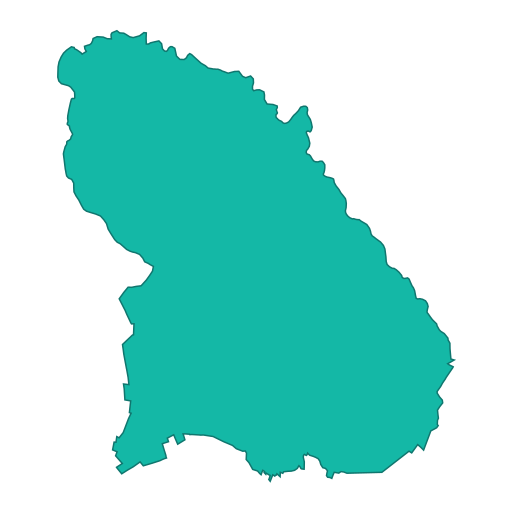 Tepatlaxco, Veracruz, Mexico
{"feature_id": "50627088B46485171339687", "entity_name": "Tepatlaxco", "entity_type": "district", "adm_level": 2, "iso_a3": "MEX", "parent_name": "Mexico", "parent_adm1": "Veracruz", "projection": "robinson", "projection_center": [-96.855, 19.048], "detail": "fine", "context": "isolated", "style": "filled", "palette": "teal", "viewbox_px": 512, "rotation_deg": 0, "n_neighbors": 0, "source": "geoboundaries", "source_scale": "gbopen_adm2", "svg_char_len": 5950}
<svg xmlns="http://www.w3.org/2000/svg" viewBox="0 0 512 512"><path d="M409.0,451.2L411.7,452.9L417.7,444.6L420.6,447.1L423.6,450.1L430.8,430.9L436.6,427.8L438.2,425.6L437.3,424.4L437.5,420.3L438.4,418.2L437.9,414.3L437.5,410.1L439.7,406.7L442.7,402.9L442.3,400.1L439.6,397.0L437.2,393.2L437.1,391.5L440.7,386.4L442.5,383.1L445.5,378.7L445.9,377.8L452.9,367.5L453.2,366.8L453.0,366.7L449.3,364.9L447.7,363.7L454.2,360.0L450.9,359.0L450.4,353.4L450.0,348.9L449.9,343.2L448.1,340.0L447.9,338.1L444.3,333.6L440.7,331.3L439.2,329.7L437.1,325.9L436.6,323.9L434.9,322.2L432.4,319.7L430.3,316.9L428.3,314.0L427.3,312.8L427.0,311.9L427.4,309.3L428.1,306.5L427.3,303.5L425.5,300.8L422.6,299.3L419.8,298.7L417.6,299.0L416.2,298.3L415.6,295.9L414.6,290.6L413.4,287.8L412.0,285.8L410.3,282.0L409.1,279.1L407.6,277.9L405.1,278.4L403.7,278.4L402.2,277.4L401.6,275.4L399.0,272.2L396.3,269.8L394.1,268.4L392.3,268.3L389.4,266.7L387.1,264.5L386.2,261.5L385.9,256.8L385.4,253.0L384.9,249.0L383.4,245.4L380.5,242.0L376.2,238.9L374.1,237.2L372.2,235.9L371.0,233.8L370.5,231.3L369.5,228.4L366.8,224.5L361.0,221.1L359.1,219.6L358.3,219.7L355.9,219.4L353.7,218.7L352.4,218.9L349.7,217.7L347.8,216.1L346.3,214.1L345.6,212.5L345.4,210.7L346.1,207.6L346.3,203.5L345.9,200.6L345.4,198.6L343.5,196.1L340.8,192.8L339.0,189.6L336.0,185.8L334.2,182.5L333.9,180.4L333.5,179.0L331.9,178.2L329.8,177.6L326.8,177.0L324.8,176.1L323.6,175.2L323.3,174.0L324.0,172.5L324.5,170.4L324.8,167.9L324.8,164.8L323.4,162.5L322.1,161.2L320.0,161.2L318.1,161.9L315.5,161.8L313.6,160.9L312.0,158.7L310.5,156.0L309.2,154.7L307.1,154.1L306.2,152.6L306.3,151.4L306.6,150.3L307.6,149.3L309.3,146.3L309.8,143.2L308.5,137.8L307.0,134.6L306.3,132.6L306.6,131.5L308.2,131.0L310.0,131.9L311.2,130.7L312.2,127.1L311.3,122.7L310.3,119.4L308.8,117.0L307.4,114.7L307.1,112.5L307.7,110.0L307.3,107.6L305.8,106.3L303.7,106.2L300.6,107.2L298.4,110.7L295.8,113.5L293.8,115.3L292.5,116.9L290.4,119.9L288.6,122.0L286.2,123.2L284.2,123.4L282.9,122.8L281.6,121.4L279.2,120.3L277.8,119.2L277.3,118.5L276.3,117.7L276.0,116.7L276.0,114.9L276.3,114.2L277.0,113.8L277.4,112.9L276.9,111.6L276.6,110.6L276.3,109.6L277.3,107.6L277.2,106.0L273.0,104.5L267.1,104.0L264.4,99.5L264.5,95.0L263.9,91.9L259.6,89.8L256.8,89.9L253.7,90.7L252.5,89.2L252.5,86.2L253.5,82.9L253.3,78.9L250.6,76.0L245.7,77.7L242.5,76.3L238.8,71.3L234.5,71.5L228.1,73.2L224.2,71.7L222.3,71.1L220.5,70.1L217.9,69.2L216.9,69.2L216.1,69.2L215.2,69.1L214.2,69.0L213.2,69.0L212.3,68.8L211.4,68.6L210.7,68.5L209.4,68.3L208.7,68.2L208.0,68.0L205.5,65.8L201.0,63.2L195.7,58.4L191.6,54.6L189.7,53.6L187.7,55.3L186.4,57.8L184.2,59.5L179.9,59.4L176.5,56.1L174.8,48.3L172.1,46.7L170.8,46.6L170.2,46.8L168.6,48.2L167.5,50.4L166.3,51.4L165.7,51.2L164.5,51.0L162.5,48.9L161.6,43.7L158.9,40.9L153.9,42.0L150.3,42.9L149.2,43.7L148.1,44.1L146.3,44.0L146.1,38.4L146.3,32.9L143.9,32.6L139.6,35.8L133.2,37.6L129.7,36.8L126.1,34.5L123.8,33.2L119.6,32.9L116.9,30.7L112.0,32.8L111.1,34.3L111.1,36.2L111.4,38.9L107.2,38.7L103.2,37.1L97.1,36.7L93.1,38.5L92.6,40.8L91.3,43.4L89.7,44.7L87.7,45.2L84.5,46.3L84.9,48.9L86.3,51.5L83.7,53.1L82.1,54.1L80.9,52.7L76.9,49.9L74.5,48.7L74.2,47.5L71.4,46.8L66.7,50.1L63.5,53.2L61.1,57.1L59.0,62.0L58.1,66.8L57.9,73.1L57.8,77.2L58.8,81.0L61.4,83.7L68.5,85.7L70.7,87.1L74.5,92.0L74.7,94.5L74.8,97.8L74.2,98.5L72.2,98.5L71.4,99.2L70.4,102.9L68.9,109.7L67.8,115.7L67.6,118.4L68.0,121.0L67.9,121.9L67.3,123.2L67.3,124.4L68.4,125.3L69.4,126.0L69.6,127.6L70.1,129.3L72.3,133.4L72.6,134.4L72.2,135.2L71.2,136.7L70.6,139.0L69.1,140.3L67.6,141.0L66.8,141.8L66.7,144.1L66.3,144.9L65.2,146.7L63.8,151.8L63.4,153.9L64.2,160.0L65.3,169.1L65.8,171.6L66.0,173.0L66.7,176.0L68.5,178.0L71.7,179.4L73.7,183.1L73.8,188.1L74.0,191.9L76.1,196.0L78.8,200.0L81.5,205.4L83.7,209.2L86.5,211.2L90.6,212.5L95.6,214.0L100.5,216.0L103.8,219.7L106.5,223.6L108.2,229.2L110.8,233.5L114.7,239.6L117.2,242.2L120.3,243.8L126.6,249.4L130.1,251.2L132.8,252.1L135.3,252.6L139.6,254.4L142.9,258.2L144.7,261.8L148.1,263.3L150.1,264.6L153.4,266.4L152.5,271.1L149.6,275.5L146.3,280.1L141.1,285.8L136.2,286.4L131.8,287.3L128.1,287.2L123.8,292.4L119.2,298.8L123.9,308.0L125.1,310.3L126.7,314.1L130.8,322.8L131.5,323.9L134.0,323.8L133.6,332.7L133.5,334.8L132.5,335.0L122.5,344.5L123.3,350.1L123.8,354.1L125.1,361.1L126.5,368.6L126.6,368.9L128.1,377.3L128.9,384.6L123.5,384.0L124.2,388.8L124.6,395.2L124.9,399.9L130.7,400.9L129.4,412.6L131.1,413.2L128.5,418.7L123.2,432.6L119.1,437.8L116.8,436.6L116.5,438.6L116.0,442.2L114.1,442.1L112.6,449.9L117.1,451.8L115.6,455.8L117.7,458.2L119.7,460.5L122.3,463.5L116.5,467.3L116.6,467.5L121.7,473.8L127.5,470.1L133.2,466.8L140.1,461.9L143.3,465.8L152.1,463.2L159.9,460.7L162.6,459.4L164.3,458.7L166.5,458.0L165.8,456.0L165.9,455.5L164.0,449.5L162.3,443.7L162.8,443.5L168.5,441.7L167.3,438.1L173.7,434.8L175.2,438.4L177.7,444.2L184.9,439.8L183.1,433.9L185.2,433.9L189.5,434.2L189.7,434.6L191.9,434.5L198.6,434.9L200.8,435.1L203.0,435.0L203.4,435.0L213.1,436.5L223.9,441.8L232.5,445.4L236.3,448.7L242.7,451.2L245.3,451.0L246.5,453.1L246.2,459.5L249.0,462.7L252.7,469.4L257.6,471.0L259.7,473.5L261.1,474.7L262.2,471.6L262.8,470.3L264.6,471.6L264.1,472.5L265.8,474.3L266.1,473.1L267.9,474.2L268.8,474.8L270.2,475.4L269.5,477.7L269.2,478.6L268.8,479.5L270.2,481.3L272.8,474.8L274.8,476.1L275.3,475.3L276.3,475.1L276.9,473.8L280.1,476.7L280.3,472.3L282.8,473.3L283.3,472.3L283.7,471.8L287.7,471.3L291.3,471.1L294.6,470.3L297.3,468.4L298.9,465.7L299.9,466.6L301.0,468.6L301.6,468.9L304.1,469.2L304.2,467.4L304.3,461.8L303.3,457.3L303.4,455.8L303.9,454.8L304.3,454.4L306.3,455.4L306.6,455.0L306.8,455.0L307.1,454.6L307.6,453.1L309.6,455.2L313.4,456.4L316.0,457.5L317.0,458.1L318.0,458.5L319.8,461.1L320.8,464.6L322.8,467.7L325.5,468.4L327.5,470.8L327.0,472.8L326.5,475.6L327.6,477.2L329.9,477.5L331.8,478.4L332.9,475.4L334.2,472.3L338.8,473.1L340.9,471.6L343.8,472.0L346.9,473.2L381.9,472.3L409.0,451.2Z" fill="#14b8a6" stroke="#0f766e" stroke-width="1.5"/></svg>